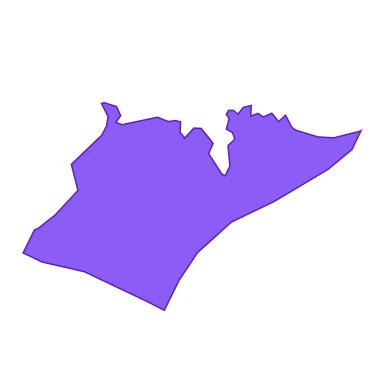 outline of Rakwon, Hamgyŏng-namdo, North Korea, rotated 205°
{"feature_id": "82179303B33699377246047", "entity_name": "Rakwon", "entity_type": "district", "adm_level": 2, "iso_a3": "PRK", "parent_name": "North Korea", "parent_adm1": "Hamgyŏng-namdo", "projection": "mercator", "projection_center": [127.798, 39.909], "detail": "fine", "context": "isolated", "style": "filled", "palette": "violet", "viewbox_px": 384, "rotation_deg": 205, "n_neighbors": 0, "source": "geoboundaries", "source_scale": "gbopen_adm2", "svg_char_len": 958}
<svg xmlns="http://www.w3.org/2000/svg" viewBox="0 0 384 384"><g transform="rotate(205 192 192)"><path d="M64.7,318.8L64.9,318.5L86.4,301.0L101.2,295.1L124.0,291.9L129.0,292.9L139.7,301.1L143.2,292.4L153.0,297.1L159.1,290.1L165.5,291.1L170.8,285.6L174.9,295.4L181.3,290.3L183.2,281.9L188.9,283.4L193.2,281.6L193.8,277.0L189.3,274.1L187.5,263.6L180.3,262.9L175.5,258.0L175.8,257.2L179.0,249.3L168.6,231.5L168.8,220.7L172.6,220.9L193.1,233.8L193.4,245.0L210.6,253.5L217.3,250.7L221.4,237.8L228.1,241.2L231.9,250.7L237.3,249.7L243.3,245.8L254.8,245.2L283.9,223.4L290.4,222.9L288.9,231.0L296.6,237.5L309.4,235.8L311.4,234.0L299.9,224.9L297.3,215.5L297.8,205.2L313.0,166.1L296.0,145.2L306.3,113.3L316.0,94.1L318.6,91.2L318.8,88.8L319.3,65.4L298.2,65.2L255.8,74.3L222.0,74.0L200.9,73.9L188.2,73.8L167.1,73.1L166.9,83.0L166.4,106.5L161.4,139.3L143.6,181.4L113.2,218.6L78.3,270.0L65.0,298.0L64.7,318.8Z" fill="#8b5cf6" stroke="#5b21b6" stroke-width="1.5"/></g></svg>